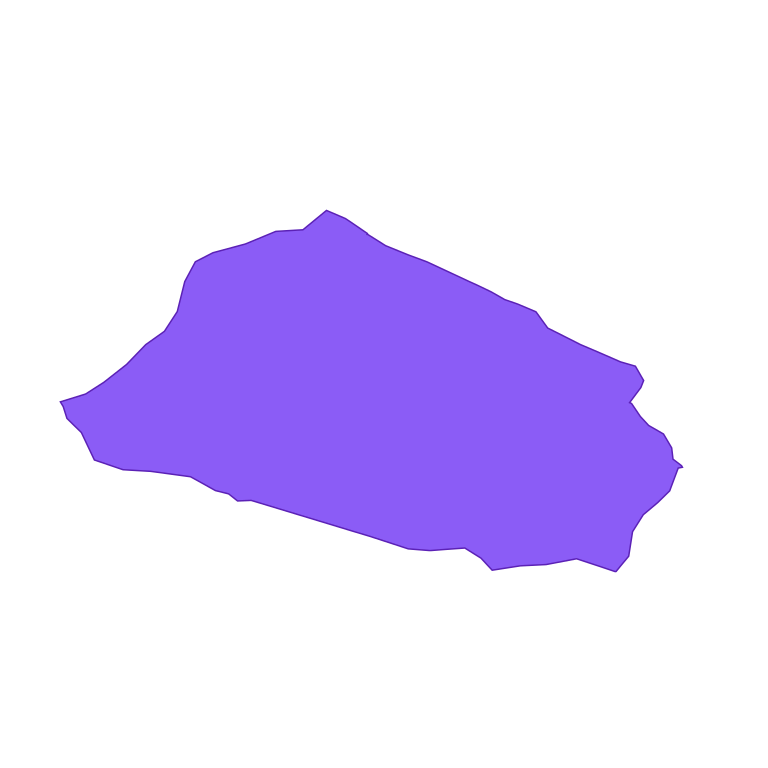 Pergamos, Cyprus (Robinson projection), rotated 194°
{"feature_id": "46923920B91768316626560", "entity_name": "Pergamos", "entity_type": "district", "adm_level": 2, "iso_a3": "CYP", "parent_name": "Cyprus", "parent_adm1": "", "projection": "robinson", "projection_center": [33.69, 35.042], "detail": "fine", "context": "isolated", "style": "filled", "palette": "violet", "viewbox_px": 768, "rotation_deg": 194, "n_neighbors": 0, "source": "geoboundaries", "source_scale": "gbopen_adm2", "svg_char_len": 1302}
<svg xmlns="http://www.w3.org/2000/svg" viewBox="0 0 768 768"><g transform="rotate(194 384 384)"><path d="M74.3,375.4L75.5,376.7L85.4,381.0L89.4,391.6L100.7,403.1L117.2,407.8L127.4,414.5L139.1,425.0L140.4,425.2L141.2,425.3L140.8,426.3L133.9,442.7L132.9,450.2L136.8,454.2L136.9,454.3L144.4,462.1L160.0,462.7L180.6,466.2L203.0,469.8L220.5,473.8L238.7,477.9L254.0,490.8L273.7,493.9L287.2,495.1L302.2,499.3L317.2,502.4L325.9,504.0L371.7,512.9L391.4,515.1L402.7,516.7L415.9,518.6L436.0,525.2L436.6,525.1L436.5,526.0L450.7,531.3L461.4,535.2L481.8,538.5L500.0,514.0L525.9,505.9L552.4,486.3L581.7,470.0L596.6,457.0L602.1,435.2L602.1,404.3L609.8,382.0L624.7,364.6L638.5,340.7L656.2,317.9L671.1,302.1L693.7,288.4L689.8,284.5L683.3,273.9L673.6,268.2L665.9,263.7L648.1,242.0L646.6,240.2L616.5,237.7L602.6,240.3L589.4,242.8L558.5,246.2L549.3,247.2L545.5,246.2L521.8,239.8L508.2,239.8L497.8,235.1L484.8,238.9L482.0,238.8L380.3,233.7L361.3,232.8L320.6,229.9L299.6,233.4L298.4,233.7L284.0,238.5L265.9,244.4L255.2,240.9L247.8,238.5L234.0,229.5L218.1,236.2L207.6,240.6L183.1,248.0L154.9,261.0L130.4,259.2L114.3,257.9L113.4,258.3L113.1,259.0L111.7,261.9L110.6,264.3L104.9,276.1L107.1,300.8L100.8,319.9L89.7,335.2L80.9,349.5L80.6,352.6L78.2,373.6L74.3,375.4Z" fill="#8b5cf6" stroke="#5b21b6" stroke-width="1.5"/></g></svg>